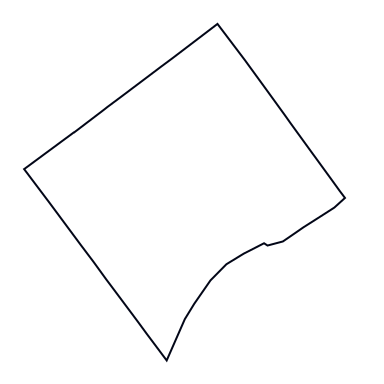 Lake, Illinois, United States of America, rotated 53°
{"feature_id": "52423323B38563431849578", "entity_name": "Lake", "entity_type": "district", "adm_level": 2, "iso_a3": "USA", "parent_name": "United States of America", "parent_adm1": "Illinois", "projection": "equal_earth", "projection_center": [-87.971, 42.324], "detail": "fine", "context": "isolated", "style": "outline", "palette": "ink", "viewbox_px": 384, "rotation_deg": 53, "n_neighbors": 0, "source": "geoboundaries", "source_scale": "gbopen_adm2", "svg_char_len": 706}
<svg xmlns="http://www.w3.org/2000/svg" viewBox="0 0 384 384"><g transform="rotate(53 192 192)"><path d="M72.7,312.3L99.1,312.3L108.4,312.3L115.0,312.3L168.0,312.7L178.4,312.7L189.0,312.7L210.1,313.1L215.3,313.1L216.4,313.1L242.0,313.2L263.2,313.3L277.8,313.5L311.3,313.6L289.2,274.2L282.6,257.4L273.7,230.4L270.4,208.0L272.0,191.5L272.4,187.6L276.3,165.3L280.2,163.9L286.2,149.2L287.1,128.6L287.2,125.8L287.3,123.8L288.6,107.6L290.1,87.7L288.8,73.4L280.5,73.4L265.5,73.1L236.1,72.6L234.9,72.6L196.4,71.9L186.2,71.6L154.0,71.0L129.9,70.6L118.5,70.4L73.1,70.5L73.4,127.4L73.3,140.7L73.3,188.7L73.2,208.4L73.3,212.3L73.5,250.4L73.3,250.5L72.7,312.3Z" fill="none" stroke="#020617" stroke-width="2"/></g></svg>